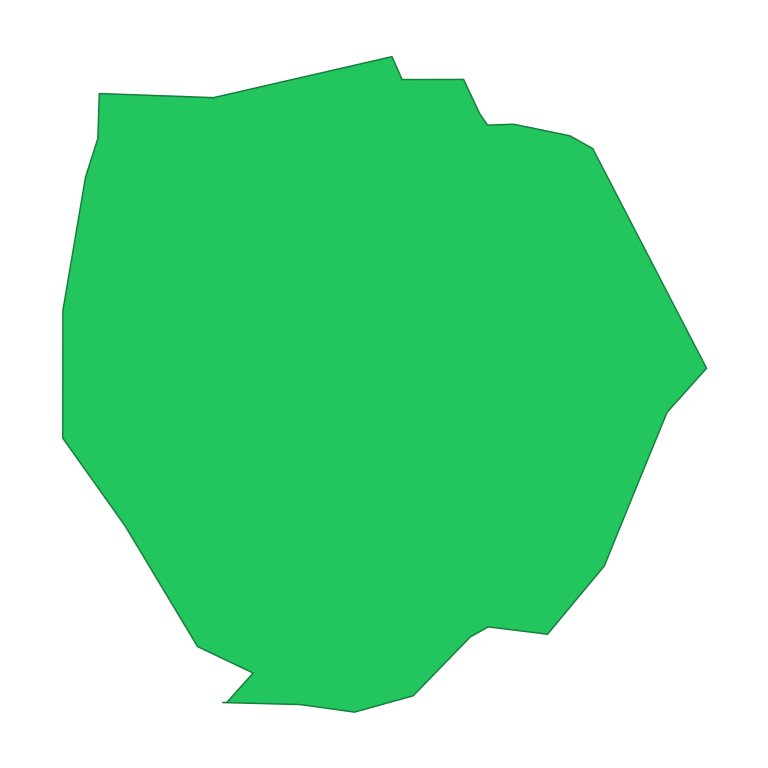 Michuhol-gu [Nam-gu], Incheon, South Korea, rotated 88°
{"feature_id": "91817680B16033238555875", "entity_name": "Michuhol-gu [Nam-gu]", "entity_type": "district", "adm_level": 2, "iso_a3": "KOR", "parent_name": "South Korea", "parent_adm1": "Incheon", "projection": "robinson", "projection_center": [126.663, 37.445], "detail": "fine", "context": "isolated", "style": "filled", "palette": "green", "viewbox_px": 768, "rotation_deg": 88, "n_neighbors": 0, "source": "geoboundaries", "source_scale": "gbopen_adm2", "svg_char_len": 569}
<svg xmlns="http://www.w3.org/2000/svg" viewBox="0 0 768 768"><g transform="rotate(88 384 384)"><path d="M91.8,545.3L83.8,658.4L128.7,661.4L166.6,675.0L299.1,702.3L426.9,706.9L516.8,647.7L639.9,579.5L668.3,524.9L696.7,552.2L696.7,556.8L701.4,479.4L710.9,424.9L696.6,365.7L639.8,306.6L630.4,288.4L639.8,229.3L598.4,192.4L573.6,170.2L502.6,138.4L446.1,112.9L422.1,102.0L379.5,61.1L156.0,167.2L142.5,189.5L128.9,245.4L128.9,271.5L117.3,278.9L82.4,293.8L80.4,355.3L57.1,364.6L91.9,544.6L92.0,545.3L91.8,545.3Z" fill="#22c55e" stroke="#15803d" stroke-width="1.5"/></g></svg>